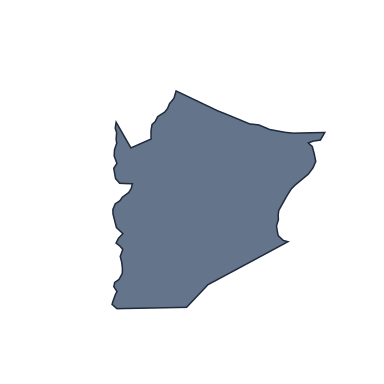 the district of Ouro Branco, Rio Grande do Norte, Brazil, rotated 225°
{"feature_id": "56859067B23981894963021", "entity_name": "Ouro Branco", "entity_type": "district", "adm_level": 2, "iso_a3": "BRA", "parent_name": "Brazil", "parent_adm1": "Rio Grande do Norte", "projection": "natural_earth1", "projection_center": [-36.907, -6.684], "detail": "fine", "context": "isolated", "style": "filled", "palette": "slate", "viewbox_px": 384, "rotation_deg": 225, "n_neighbors": 0, "source": "geoboundaries", "source_scale": "gbopen_adm2", "svg_char_len": 1128}
<svg xmlns="http://www.w3.org/2000/svg" viewBox="0 0 384 384"><g transform="rotate(225 192 192)"><path d="M89.0,224.7L93.2,222.3L100.2,222.1L104.7,225.1L108.3,227.8L111.3,233.5L114.8,236.7L117.6,240.3L122.0,255.7L124.0,264.3L124.0,269.7L122.4,286.8L123.5,294.6L126.1,301.1L133.0,305.7L139.1,309.2L144.4,308.9L142.2,313.8L137.9,319.5L140.2,328.0L162.0,305.2L168.4,300.0L181.3,291.1L192.2,286.7L199.4,280.9L224.3,270.6L231.4,267.5L274.7,252.2L271.0,245.5L270.4,238.7L268.3,233.7L267.8,229.1L269.6,221.1L267.8,215.7L268.0,211.5L264.3,206.3L258.4,200.5L266.4,180.0L295.0,187.7L291.4,182.8L287.3,180.7L283.0,175.7L279.7,173.2L276.7,167.1L272.6,162.5L265.3,159.1L264.1,153.4L255.5,147.4L249.3,147.0L243.3,152.5L240.0,155.7L237.4,151.4L236.4,146.9L237.6,139.2L236.8,135.0L237.9,129.4L235.6,123.7L232.2,120.5L220.3,113.4L211.4,113.7L211.3,107.4L209.6,102.2L204.8,102.8L200.3,102.4L197.2,95.7L192.0,92.6L187.2,88.8L183.7,85.1L181.8,78.6L182.7,73.4L180.4,69.8L174.7,68.6L173.5,65.0L170.8,59.2L169.1,56.0L162.6,56.4L114.3,106.6L115.0,132.0L115.2,137.7L103.1,177.8L89.0,224.7Z" fill="#64748b" stroke="#1e293b" stroke-width="1.5"/></g></svg>